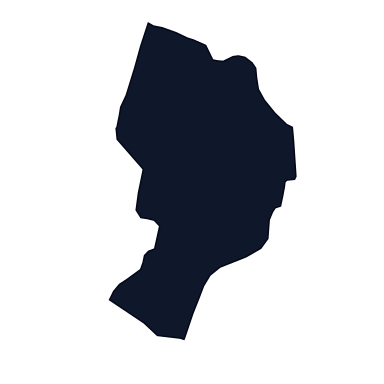 Wadi Salih, Central Darfur, Sudan (Mercator projection), rotated 108°
{"feature_id": "16777658B39916742993759", "entity_name": "Wadi Salih", "entity_type": "district", "adm_level": 2, "iso_a3": "SDN", "parent_name": "Sudan", "parent_adm1": "Central Darfur", "projection": "mercator", "projection_center": [23.346, 12.417], "detail": "fine", "context": "isolated", "style": "filled", "palette": "ink", "viewbox_px": 384, "rotation_deg": 108, "n_neighbors": 0, "source": "geoboundaries", "source_scale": "gbopen_adm2", "svg_char_len": 1160}
<svg xmlns="http://www.w3.org/2000/svg" viewBox="0 0 384 384"><g transform="rotate(108 192 192)"><path d="M99.5,116.6L98.6,122.9L91.4,137.6L82.3,151.6L73.8,160.7L63.2,166.0L54.6,169.7L50.6,174.8L47.6,183.3L48.3,190.0L50.6,194.8L58.2,202.7L59.5,208.7L60.0,213.1L48.4,224.3L47.0,237.9L47.1,244.0L45.5,255.9L45.0,271.0L46.1,280.0L45.0,285.1L44.9,285.8L45.9,285.8L55.5,285.8L69.5,285.8L92.0,284.8L120.2,284.4L133.3,286.0L141.0,284.8L153.9,283.3L154.9,283.8L165.0,279.4L185.3,245.5L185.4,245.4L188.1,245.0L209.6,242.6L226.4,239.5L232.1,232.7L231.0,226.2L230.5,219.2L234.3,212.2L257.7,209.9L261.8,215.0L267.1,217.5L274.2,216.7L281.6,216.9L295.7,227.1L302.3,232.4L310.8,235.8L316.0,236.5L318.5,236.9L320.0,237.1L331.3,197.2L339.1,180.6L337.1,170.6L334.6,158.1L334.6,155.9L334.6,154.3L334.6,154.1L332.9,154.0L327.4,153.9L327.1,153.9L307.4,153.7L291.9,152.7L277.8,152.0L265.6,149.2L254.8,142.2L236.8,120.5L224.3,109.2L212.9,105.5L194.6,110.0L186.1,109.3L181.3,108.0L178.0,103.5L168.4,104.5L159.1,105.7L153.8,106.7L151.4,105.6L148.2,98.4L147.6,98.3L147.1,98.3L145.1,98.0L112.1,111.2L103.9,114.7L99.5,116.6Z" fill="#0f172a" stroke="#020617" stroke-width="1.5"/></g></svg>